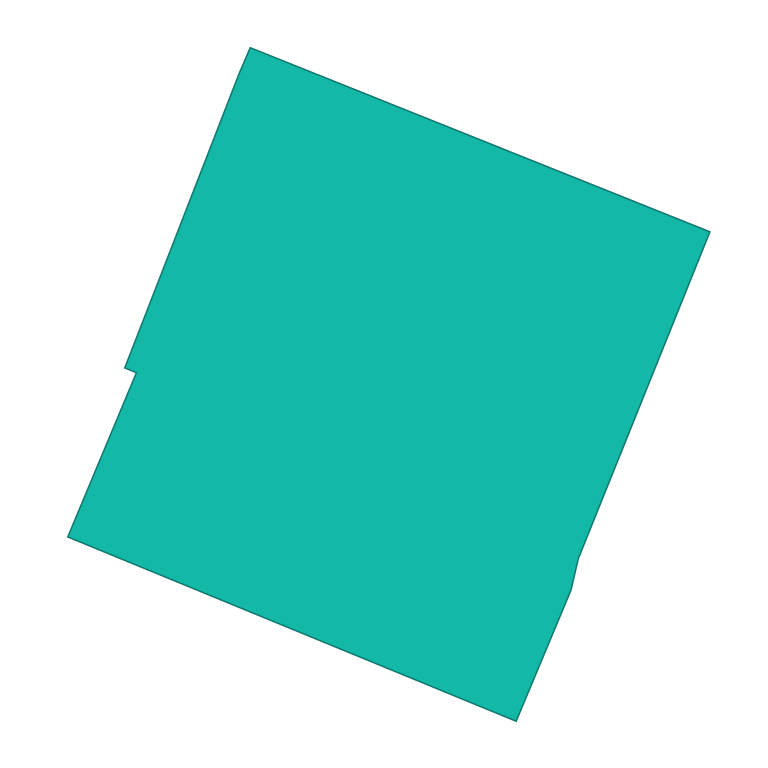 the district of Crawford, Ohio, United States of America, rotated 112°
{"feature_id": "52423323B92428589808296", "entity_name": "Crawford", "entity_type": "district", "adm_level": 2, "iso_a3": "USA", "parent_name": "United States of America", "parent_adm1": "Ohio", "projection": "natural_earth1", "projection_center": [-82.928, 40.85], "detail": "fine", "context": "isolated", "style": "filled", "palette": "teal", "viewbox_px": 768, "rotation_deg": 112, "n_neighbors": 0, "source": "geoboundaries", "source_scale": "gbopen_adm2", "svg_char_len": 291}
<svg xmlns="http://www.w3.org/2000/svg" viewBox="0 0 768 768"><g transform="rotate(112 384 384)"><path d="M120.8,138.8L122.3,634.0L150.6,634.6L466.2,630.4L466.3,617.8L644.3,619.9L647.2,135.1L505.1,133.4L473.0,138.4L120.8,138.8Z" fill="#14b8a6" stroke="#0f766e" stroke-width="1.5"/></g></svg>